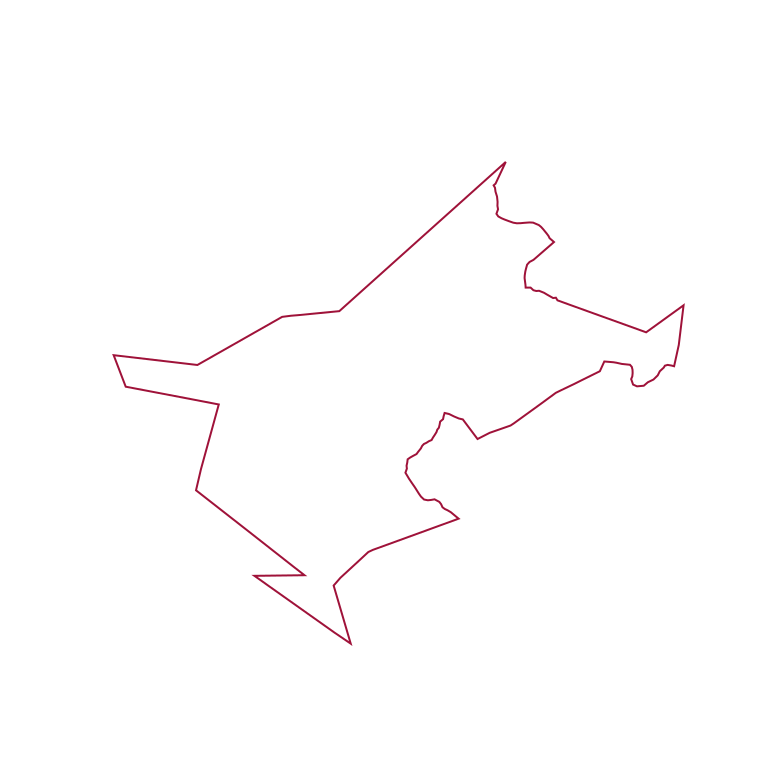 outline of São João do Piauí, Piauí, Brazil, rotated 113°
{"feature_id": "56859067B41034930861152", "entity_name": "São João do Piauí", "entity_type": "district", "adm_level": 2, "iso_a3": "BRA", "parent_name": "Brazil", "parent_adm1": "Piauí", "projection": "equal_earth", "projection_center": [-42.318, -8.328], "detail": "fine", "context": "isolated", "style": "outline", "palette": "rose", "viewbox_px": 768, "rotation_deg": 113, "n_neighbors": 0, "source": "geoboundaries", "source_scale": "gbopen_adm2", "svg_char_len": 2038}
<svg xmlns="http://www.w3.org/2000/svg" viewBox="0 0 768 768"><g transform="rotate(113 384 384)"><path d="M636.0,313.2L589.2,351.6L579.4,348.4L557.1,338.3L544.8,332.8L541.0,329.4L491.7,276.5L478.8,262.7L477.5,267.1L475.9,272.4L475.4,276.2L475.3,279.2L474.6,282.0L472.3,284.5L470.9,287.0L470.4,292.4L472.3,295.3L473.9,298.2L474.7,302.0L473.2,306.0L471.4,308.9L469.4,311.8L467.1,315.1L464.2,319.7L461.4,324.0L459.4,326.7L457.3,329.6L452.9,329.9L450.4,331.3L447.2,331.9L444.1,332.8L441.5,331.2L439.0,329.3L435.8,326.7L433.2,326.1L428.9,324.9L426.0,324.7L423.6,323.8L421.6,322.0L419.1,320.3L417.0,318.3L414.2,318.0L411.0,317.4L407.8,316.9L405.2,317.1L402.8,316.4L399.8,316.9L396.7,317.6L393.3,315.9L390.4,316.5L387.0,316.9L386.2,312.2L386.5,306.9L386.5,301.6L385.8,297.6L398.1,276.4L387.6,267.6L379.9,259.1L372.8,251.3L369.5,249.1L340.5,231.6L325.0,222.4L320.6,218.6L309.5,208.8L304.2,204.3L287.9,190.3L277.2,190.0L276.0,186.4L274.3,181.2L273.6,178.3L272.6,172.9L270.2,165.1L271.4,162.6L273.8,160.8L276.8,159.4L280.0,158.4L282.9,158.4L287.2,154.5L287.3,150.2L284.1,144.2L279.3,141.8L274.6,137.7L269.1,135.4L264.5,135.1L259.6,132.9L257.4,132.6L255.6,130.4L254.7,126.7L254.3,123.9L232.9,127.9L194.5,139.0L234.0,162.9L238.5,243.9L239.2,257.0L237.4,259.5L238.8,261.9L238.0,268.8L237.5,272.4L237.6,277.7L238.9,280.2L239.3,283.1L238.0,286.7L239.9,291.3L237.5,292.5L231.5,296.0L229.0,296.9L225.1,297.9L222.7,298.3L218.2,298.9L214.8,297.7L211.3,294.9L186.9,283.0L185.1,288.5L183.4,290.5L182.0,292.9L179.3,298.0L178.0,300.8L177.2,303.6L177.2,309.8L178.4,313.1L180.8,317.8L182.8,321.5L184.2,324.7L185.0,328.0L185.3,332.6L185.5,337.5L185.5,340.6L185.1,344.3L183.4,347.0L178.6,347.3L175.7,349.2L172.0,350.6L167.3,353.2L163.4,356.5L160.0,358.5L158.3,360.7L156.0,359.6L132.0,358.7L334.4,453.6L354.1,489.8L357.4,496.1L362.0,504.0L439.4,563.2L463.1,644.1L487.4,620.7L473.3,555.6L467.4,528.1L534.0,519.2L555.3,515.5L571.4,455.5L587.4,396.4L591.1,382.5L611.2,428.3L614.8,412.0L632.2,332.4L636.0,313.2Z" fill="none" stroke="#9f1239" stroke-width="2"/></g></svg>